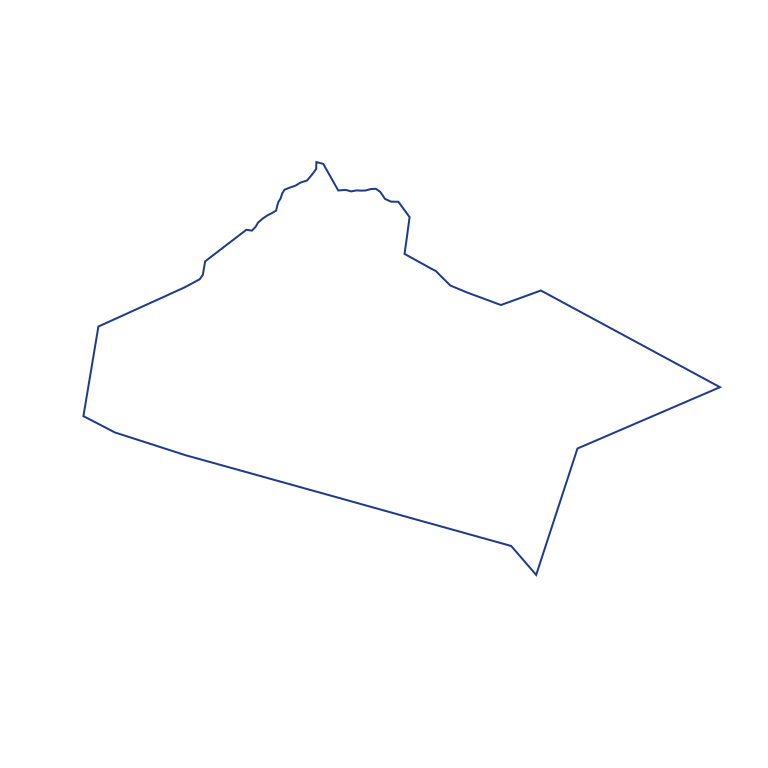 Santo Inácio do Piauí, Piauí, Brazil, rotated 225°
{"feature_id": "56859067B9028675436442", "entity_name": "Santo Inácio do Piauí", "entity_type": "district", "adm_level": 2, "iso_a3": "BRA", "parent_name": "Brazil", "parent_adm1": "Piauí", "projection": "robinson", "projection_center": [-41.926, -7.457], "detail": "fine", "context": "isolated", "style": "outline", "palette": "blue", "viewbox_px": 768, "rotation_deg": 225, "n_neighbors": 0, "source": "geoboundaries", "source_scale": "gbopen_adm2", "svg_char_len": 886}
<svg xmlns="http://www.w3.org/2000/svg" viewBox="0 0 768 768"><g transform="rotate(225 384 384)"><path d="M588.7,493.1L584.0,488.1L583.0,481.4L582.3,473.4L585.4,467.6L586.8,461.8L589.8,455.6L591.7,451.2L590.7,446.7L588.3,442.1L587.4,438.0L585.4,434.3L582.9,430.4L584.3,424.9L585.6,421.1L586.8,414.8L587.2,409.0L585.9,404.2L585.9,399.0L590.4,395.7L597.2,344.3L593.8,339.4L589.3,333.1L588.4,327.8L593.3,311.4L626.6,222.7L573.8,148.7L557.9,153.8L540.1,159.4L474.0,193.3L365.4,254.6L358.0,258.8L265.1,311.1L179.5,359.4L141.4,356.6L201.6,475.2L144.2,619.3L339.2,561.0L357.2,522.5L389.6,507.6L406.8,500.5L427.4,500.5L432.3,498.9L461.5,490.5L468.3,499.6L483.9,520.1L502.7,523.0L508.0,517.9L514.2,515.6L522.5,517.2L527.8,516.3L531.1,512.6L534.0,507.6L537.4,504.1L540.3,501.5L543.4,497.0L548.4,494.1L553.2,488.5L582.6,496.7L588.7,493.1Z" fill="none" stroke="#1e3a8a" stroke-width="2"/></g></svg>